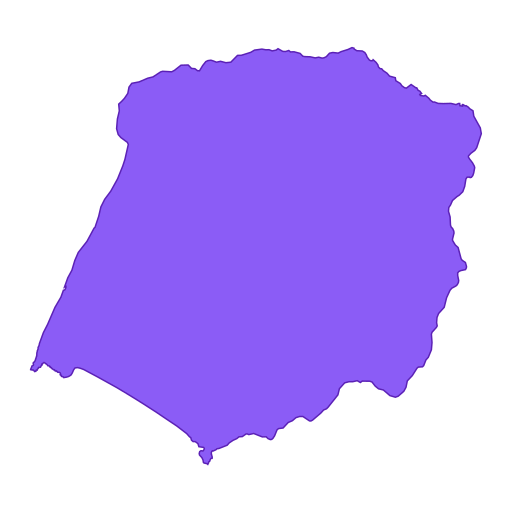 outline of Kwamouth, Bandundu, Democratic Republic of the Congo
{"feature_id": "63176286B12311619160810", "entity_name": "Kwamouth", "entity_type": "district", "adm_level": 2, "iso_a3": "COD", "parent_name": "Democratic Republic of the Congo", "parent_adm1": "Bandundu", "projection": "robinson", "projection_center": [16.578, -3.619], "detail": "fine", "context": "isolated", "style": "filled", "palette": "violet", "viewbox_px": 512, "rotation_deg": 0, "n_neighbors": 0, "source": "geoboundaries", "source_scale": "gbopen_adm2", "svg_char_len": 5818}
<svg xmlns="http://www.w3.org/2000/svg" viewBox="0 0 512 512"><path d="M474.3,166.1L472.5,162.8L469.5,158.9L468.4,157.0L468.5,155.9L470.8,153.4L475.0,150.2L476.7,147.7L481.3,133.7L480.3,127.9L473.8,116.2L473.0,110.8L469.7,108.7L468.4,107.2L466.1,105.7L465.2,105.9L462.9,104.5L462.4,104.6L462.6,106.1L459.9,105.7L459.7,103.5L458.5,103.5L456.0,104.6L450.9,103.4L443.4,103.6L438.1,103.4L434.5,102.0L433.0,102.1L430.3,100.1L428.8,98.2L425.3,95.3L423.9,96.0L420.4,95.5L419.8,94.4L421.6,93.5L419.9,91.2L418.1,90.3L416.7,87.8L416.0,87.9L411.1,84.5L406.4,88.1L404.5,87.7L401.9,85.8L400.3,83.5L395.8,80.7L395.3,77.7L389.5,76.1L387.0,73.2L383.2,70.6L381.7,68.8L380.0,68.6L378.4,66.9L377.9,64.9L376.6,63.1L376.1,62.4L373.1,59.7L372.6,60.6L371.1,60.8L369.5,60.2L367.1,57.0L366.3,54.8L364.8,52.5L362.3,51.0L356.8,50.7L354.1,49.0L354.0,48.2L352.0,47.6L347.9,49.5L341.2,51.6L338.2,53.1L332.9,52.5L331.3,52.8L329.5,53.2L326.3,56.7L324.0,57.8L322.1,58.1L318.7,57.2L315.2,57.9L310.2,56.8L304.6,56.6L302.8,56.2L300.1,53.4L294.1,51.8L290.4,51.9L288.8,50.5L285.6,51.5L282.8,51.4L278.0,48.7L276.2,50.1L272.2,50.9L269.0,49.7L265.9,49.8L261.9,49.1L254.5,50.1L250.8,52.3L247.7,53.3L241.3,55.3L237.5,55.4L230.8,62.2L225.9,62.7L220.5,61.3L216.5,62.2L213.2,60.9L210.9,60.2L207.9,60.6L205.8,61.6L202.7,65.5L199.5,70.8L197.5,70.7L194.9,68.7L191.5,68.4L188.2,65.0L181.0,65.2L174.4,70.4L171.7,71.8L162.7,71.3L160.6,71.9L153.0,76.9L147.7,78.2L139.1,81.9L131.8,83.3L129.0,87.1L127.8,93.4L124.4,98.4L121.7,101.3L118.7,104.1L119.3,110.9L117.4,119.0L116.6,128.7L118.2,134.5L120.9,137.6L127.4,142.4L128.3,144.5L124.9,159.5L122.8,165.9L117.6,178.8L110.8,191.1L104.7,199.3L100.9,206.9L98.7,216.3L95.0,227.4L94.1,228.1L87.0,241.3L78.3,252.4L74.8,260.5L71.9,270.2L67.8,277.8L64.5,287.0L65.8,286.2L66.0,287.0L65.5,288.6L64.7,289.9L63.6,290.3L63.6,289.7L60.9,297.2L55.0,307.3L47.6,324.4L43.4,332.6L39.4,343.6L39.1,345.4L38.1,347.4L38.1,348.4L38.0,349.2L37.7,349.9L37.3,350.8L37.3,351.2L36.9,352.8L36.8,354.1L36.8,355.1L36.7,355.7L36.5,356.2L36.6,356.5L36.3,357.0L36.1,357.5L36.0,358.2L35.8,358.6L35.5,359.2L35.6,359.5L35.4,360.0L34.6,361.6L34.3,362.0L33.6,362.3L33.3,362.7L33.2,363.3L33.2,363.9L33.4,364.2L33.5,364.8L33.3,365.3L32.7,365.7L31.9,366.0L31.6,367.1L30.7,369.2L30.9,369.3L30.8,369.7L31.5,369.8L32.2,370.1L32.7,369.9L33.4,370.1L33.9,370.5L34.3,371.2L34.6,371.6L34.8,371.6L35.3,371.3L35.8,371.3L35.8,371.1L36.1,370.6L36.0,370.4L36.2,370.1L36.6,370.0L37.2,370.1L37.4,369.6L37.4,369.2L37.6,369.0L38.3,368.3L38.5,368.0L38.4,367.8L38.4,367.6L38.6,367.4L39.0,367.4L39.4,367.4L40.1,367.3L40.5,367.2L40.6,366.9L40.7,366.6L41.0,366.2L41.3,365.6L41.6,365.3L41.9,365.2L42.0,365.1L42.0,364.8L41.8,364.7L41.7,364.6L41.8,364.3L41.9,364.1L42.1,363.9L42.2,363.7L42.4,363.7L42.6,363.8L42.8,363.5L43.0,363.2L43.4,362.9L43.7,362.8L43.9,362.5L44.1,362.5L44.3,362.7L44.8,362.9L45.3,363.3L45.8,363.8L46.1,363.9L46.4,364.0L47.4,365.0L47.8,365.7L47.9,365.8L48.6,365.8L49.0,365.9L49.6,366.1L49.7,366.4L49.7,366.7L49.9,366.7L50.2,366.7L50.4,366.8L50.5,367.2L50.5,367.4L50.7,367.6L51.0,367.6L51.3,367.7L51.4,368.0L51.9,368.4L52.0,368.7L52.1,368.8L52.3,368.8L52.5,368.8L52.8,369.2L53.8,369.9L54.1,370.0L54.5,369.8L54.7,370.1L54.8,370.5L55.1,370.9L55.9,370.8L56.2,370.8L56.3,371.1L56.3,371.4L56.6,371.4L56.9,371.3L57.2,371.5L57.6,372.1L57.8,372.3L58.3,372.3L59.0,372.3L59.5,372.4L59.8,372.6L60.0,372.9L60.1,373.0L60.3,373.1L60.4,373.4L60.4,373.8L60.5,373.9L60.5,374.8L60.3,374.9L60.4,375.0L60.5,375.1L61.0,375.2L61.4,375.4L61.4,375.5L61.4,376.0L61.4,376.3L61.5,376.4L63.5,377.0L63.8,377.6L66.6,377.1L68.3,376.6L69.5,376.0L71.1,374.9L72.3,372.9L73.7,369.7L75.1,367.9L77.6,367.6L80.1,368.2L83.7,369.5L88.0,371.8L98.1,377.2L117.0,387.7L130.6,395.9L142.8,403.5L156.0,412.0L166.5,419.1L176.8,426.0L186.7,433.6L189.6,436.9L190.7,437.5L191.5,440.2L193.1,441.6L195.2,441.6L197.9,443.6L198.9,446.7L203.6,447.4L204.3,448.4L204.1,449.5L202.9,451.0L201.0,450.7L199.7,451.6L199.2,453.5L199.5,455.0L201.9,457.7L203.0,460.0L203.4,462.4L204.0,463.0L207.0,463.7L207.8,464.4L207.9,464.2L208.2,463.5L208.5,463.1L208.5,462.5L208.8,461.9L209.6,461.4L209.9,460.6L210.2,459.7L210.5,459.1L210.9,458.5L211.4,458.3L212.0,458.4L212.2,458.2L212.2,457.7L212.2,457.0L212.0,456.3L211.8,455.6L211.7,455.1L211.5,454.4L211.2,454.0L211.3,453.7L211.4,453.2L211.3,452.5L211.8,451.3L212.1,451.2L212.5,450.8L213.0,451.0L213.5,450.9L214.4,450.4L215.4,450.0L216.1,449.6L216.8,448.9L218.1,448.5L218.6,448.6L227.2,445.2L229.2,442.9L233.1,440.3L236.8,438.6L239.0,436.8L242.3,436.6L246.0,434.0L247.2,433.9L248.8,434.6L253.7,433.5L262.3,436.9L266.2,436.8L268.0,438.6L270.3,439.6L271.7,439.4L272.9,438.4L274.6,435.8L277.0,429.9L278.5,428.6L283.1,428.0L288.2,422.5L292.4,420.7L296.0,417.6L299.6,416.5L302.9,416.5L309.5,420.9L310.9,421.0L312.6,420.1L321.0,412.9L323.6,410.0L326.5,408.8L328.1,407.2L337.9,394.9L339.4,388.7L344.6,382.9L346.0,382.5L349.0,381.7L352.8,381.7L357.2,380.7L360.4,382.5L362.2,381.1L369.7,381.2L372.0,382.0L375.2,386.1L378.5,388.8L383.4,390.0L389.9,395.6L395.4,397.2L398.2,396.2L403.8,391.3L406.0,387.3L407.3,380.9L412.3,375.6L417.0,368.2L418.3,367.1L422.5,366.8L423.7,365.6L425.9,360.0L428.3,357.3L431.4,349.8L432.0,342.6L431.4,334.2L432.0,332.3L436.4,327.4L437.2,325.9L436.6,322.7L437.0,317.5L438.6,313.5L444.2,307.3L446.6,297.7L450.0,290.3L451.8,288.2L455.9,286.0L457.2,284.8L458.4,282.5L458.7,280.5L457.7,275.5L457.7,272.8L459.0,271.4L460.8,270.6L465.5,269.6L466.4,267.8L466.5,266.4L465.4,262.5L462.2,260.3L461.1,258.8L458.1,247.5L455.3,245.0L452.6,240.5L452.5,239.2L454.0,233.1L453.8,231.1L452.6,228.5L451.2,227.1L450.5,225.2L450.1,217.0L448.5,211.3L448.8,207.5L450.5,205.0L452.5,200.5L457.1,196.5L459.2,195.2L462.8,191.7L464.7,186.4L465.9,179.0L467.1,177.2L469.5,177.1L470.1,177.6L471.4,177.3L472.8,175.6L473.7,173.0L474.7,167.7L474.3,166.1Z" fill="#8b5cf6" stroke="#5b21b6" stroke-width="1.5"/></svg>